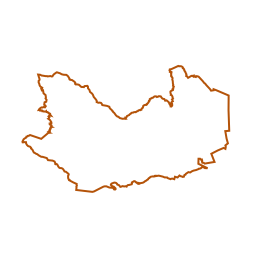 outline of Coxcatlán, Puebla, Mexico, rotated 281°
{"feature_id": "50627088B81401252866172", "entity_name": "Coxcatlán", "entity_type": "district", "adm_level": 2, "iso_a3": "MEX", "parent_name": "Mexico", "parent_adm1": "Puebla", "projection": "equal_earth", "projection_center": [-97.103, 18.25], "detail": "fine", "context": "isolated", "style": "outline", "palette": "amber", "viewbox_px": 256, "rotation_deg": 281, "n_neighbors": 0, "source": "geoboundaries", "source_scale": "gbopen_adm2", "svg_char_len": 5815}
<svg xmlns="http://www.w3.org/2000/svg" viewBox="0 0 256 256"><g transform="rotate(281 128 128)"><path d="M144.6,227.9L164.6,223.3L179.1,220.6L181.9,207.6L182.4,204.7L181.4,204.9L180.5,202.4L181.9,201.0L185.1,196.6L186.3,195.3L186.6,194.4L188.4,192.3L191.8,187.6L192.0,186.6L191.9,185.5L191.0,184.7L191.1,184.3L191.3,184.4L191.2,184.8L191.8,184.8L191.5,183.8L190.8,182.9L191.0,182.4L191.3,182.7L191.5,182.0L191.8,182.1L191.3,180.8L191.3,180.3L188.7,177.4L190.1,175.9L190.1,175.6L190.7,175.4L190.6,175.2L191.8,175.1L191.9,174.8L192.8,174.4L194.0,173.4L194.3,173.4L195.1,172.3L196.2,172.0L197.1,171.0L197.1,170.4L198.0,170.2L198.3,169.8L198.7,168.7L198.6,167.0L198.3,166.4L198.5,165.5L193.9,159.1L193.7,158.3L193.5,157.8L193.3,157.8L193.0,158.1L192.3,157.8L191.5,158.5L191.2,158.5L191.4,159.1L191.3,159.6L191.1,159.5L190.9,159.8L190.6,159.6L190.2,160.1L189.3,159.9L188.6,160.3L187.3,160.3L187.1,160.6L187.0,161.0L186.5,161.1L185.9,162.0L185.0,162.3L184.1,162.2L182.8,162.9L179.9,163.7L179.3,164.1L178.0,164.1L177.8,164.6L177.3,165.1L176.0,164.7L175.5,164.9L174.8,164.4L174.5,164.9L173.8,164.9L172.9,163.6L172.1,162.8L171.7,162.7L170.3,163.1L169.4,163.7L168.6,163.7L168.5,164.6L167.8,165.3L167.0,165.8L165.7,166.1L165.6,166.4L164.5,165.9L164.4,166.3L163.6,166.3L162.8,166.9L162.1,166.1L161.2,165.6L160.9,165.6L160.3,166.6L159.9,166.8L158.4,167.1L157.5,166.6L157.3,166.4L157.3,165.9L157.8,166.0L158.2,165.2L159.0,164.9L159.5,164.1L161.0,163.2L161.6,162.2L162.5,160.6L161.9,159.3L163.3,158.2L163.4,156.3L164.1,155.3L165.3,154.1L165.1,152.2L164.2,151.2L164.3,150.4L164.0,150.2L164.4,149.3L164.0,147.9L162.4,146.6L162.2,145.8L161.5,145.4L161.3,144.7L160.6,143.9L159.8,144.1L158.9,143.5L158.6,143.8L157.9,143.3L157.5,143.4L156.5,143.0L156.0,142.5L155.6,142.4L155.2,141.9L154.8,142.1L154.2,141.7L154.2,141.3L153.6,139.7L152.7,138.8L150.7,138.7L149.8,137.8L148.5,137.7L148.3,136.9L148.0,136.8L148.1,136.4L147.6,135.7L147.3,134.9L146.4,134.4L146.1,133.6L145.0,132.6L145.1,132.2L144.6,130.7L144.0,130.0L143.8,129.0L143.4,128.4L142.8,128.2L141.8,127.1L141.0,126.7L139.5,124.7L138.4,124.5L137.8,124.1L137.7,123.4L136.9,123.6L136.6,124.0L136.5,123.7L136.5,122.7L136.0,120.8L136.2,118.1L137.2,116.4L137.2,115.4L138.1,113.8L140.3,111.5L140.7,110.5L141.5,110.0L141.9,109.1L142.5,108.7L143.4,107.1L144.5,105.9L145.3,105.6L145.7,103.0L145.6,98.4L146.9,97.5L147.5,96.7L147.5,95.2L147.1,94.0L147.4,92.8L147.7,92.6L147.6,92.3L148.9,92.0L150.0,90.9L152.0,88.4L153.8,87.3L154.9,86.2L156.2,83.8L158.0,82.9L159.3,81.2L161.1,80.7L161.6,80.0L160.8,77.3L159.7,76.9L159.6,75.5L159.4,74.9L159.5,74.1L160.8,72.1L161.1,71.4L161.1,69.6L160.8,68.4L161.3,67.6L162.2,67.7L163.1,66.8L164.4,63.9L164.3,62.6L164.6,62.2L164.4,61.5L165.0,61.0L165.7,60.8L167.4,59.2L168.2,57.8L168.4,57.4L168.0,54.6L168.1,52.6L168.7,51.0L169.1,47.6L169.0,47.3L166.7,45.1L165.3,44.3L164.3,44.0L164.0,43.2L164.2,42.0L163.3,39.2L163.5,38.7L163.2,37.3L163.1,33.8L163.0,33.4L163.5,31.5L163.3,29.6L159.0,31.9L157.8,31.8L157.2,31.3L155.6,31.6L154.6,32.4L153.0,33.1L152.0,34.0L151.1,36.2L150.6,36.1L150.4,35.5L150.1,35.3L148.4,36.4L148.8,37.4L145.9,38.5L144.6,40.8L142.3,41.6L141.3,41.4L140.1,42.7L138.2,42.7L137.8,42.3L137.7,41.7L137.3,41.2L134.8,41.3L134.4,42.4L133.7,43.1L132.4,42.5L132.5,41.2L131.8,40.2L131.8,39.4L131.1,38.4L129.3,37.1L128.6,36.9L128.8,37.6L128.8,39.1L128.4,39.0L128.7,40.4L128.1,40.7L128.3,41.6L128.1,42.0L128.4,44.1L128.8,44.4L128.3,44.6L128.1,45.0L128.3,45.9L127.9,46.8L127.6,46.9L127.4,48.1L127.1,48.8L126.5,48.8L125.5,49.9L125.7,48.4L125.2,48.4L124.4,47.9L124.2,48.6L123.7,48.8L123.4,48.4L122.5,48.5L121.9,47.9L121.0,49.8L119.0,51.7L118.2,51.4L117.9,50.9L117.7,51.6L116.5,50.8L115.9,52.5L114.6,52.7L114.5,53.0L114.2,52.0L112.9,51.7L112.8,51.9L111.9,51.6L111.9,51.8L111.3,51.4L110.3,51.4L109.9,51.1L110.1,51.9L109.4,52.0L108.4,51.3L108.3,51.7L108.0,50.7L100.8,44.9L102.4,33.2L101.5,32.2L101.1,31.1L100.5,30.9L100.1,29.9L99.1,29.8L98.0,28.5L97.0,27.7L94.5,27.0L93.8,27.3L93.8,27.6L94.4,29.0L94.6,30.6L93.4,30.9L92.1,32.0L91.2,33.3L90.9,35.6L90.0,36.7L89.4,36.7L88.5,38.3L86.0,40.2L85.8,41.1L85.1,42.9L85.0,43.9L84.1,45.6L83.2,48.3L83.4,49.5L83.0,54.0L81.2,55.6L81.6,60.2L81.1,62.3L79.9,63.2L78.8,63.4L78.6,63.8L79.0,64.8L78.6,65.6L76.9,66.9L75.9,68.1L75.7,69.0L75.9,70.1L75.7,71.4L75.0,72.4L73.2,74.0L73.2,75.4L71.6,78.4L70.9,78.7L69.6,78.3L67.4,78.8L66.1,79.7L65.9,80.4L65.5,80.3L64.1,84.8L63.3,88.3L62.3,88.4L61.7,88.8L60.4,88.5L59.9,88.8L57.3,89.0L58.5,105.2L59.2,106.7L65.7,115.0L66.3,116.2L66.6,118.0L66.0,121.0L66.4,124.8L66.3,125.0L65.1,126.0L65.1,127.0L65.8,127.5L66.5,127.1L67.7,125.2L67.8,124.0L68.4,122.6L68.9,122.0L69.4,122.0L70.3,122.5L71.5,124.4L71.9,125.4L71.8,126.8L71.1,128.0L70.5,128.2L70.1,130.2L68.8,131.6L68.8,132.0L69.9,133.7L69.9,135.4L70.4,136.8L70.2,137.8L71.0,138.0L72.0,138.9L72.3,140.0L73.5,142.4L74.5,142.5L75.3,142.2L75.9,142.8L76.2,143.3L76.8,143.8L77.1,144.8L76.4,145.9L76.4,146.3L76.1,146.5L76.1,147.4L75.9,147.1L75.7,147.3L75.1,148.7L75.5,150.0L76.2,150.6L77.1,153.0L78.1,154.2L78.6,154.5L78.9,154.9L79.4,155.2L79.8,156.0L80.7,156.6L81.4,157.5L82.1,157.6L82.9,158.2L83.0,158.6L83.7,158.9L84.5,159.7L85.2,161.5L85.3,162.7L86.1,163.3L86.3,164.0L85.9,164.0L87.1,167.3L86.9,171.6L86.5,173.3L86.9,175.9L86.4,176.5L85.9,179.5L86.3,179.9L86.8,181.2L86.6,183.2L89.1,183.4L88.9,186.1L91.2,187.6L90.7,189.0L90.7,190.3L90.4,190.8L90.8,192.1L92.7,192.4L93.1,193.3L94.0,193.5L96.2,195.7L96.2,197.5L97.7,199.0L98.7,200.5L99.7,202.8L101.1,205.0L101.5,205.2L101.7,206.0L102.4,207.2L103.6,208.1L104.0,209.2L103.3,211.2L103.7,213.8L106.3,203.9L111.3,203.1L111.6,204.6L110.8,205.7L111.2,206.5L110.3,207.0L109.2,207.0L108.1,207.6L108.3,208.9L107.7,210.1L111.2,219.4L118.6,214.7L123.1,220.4L126.7,225.7L126.1,227.6L128.1,227.6L129.5,226.9L132.0,229.0L136.4,226.8L143.5,224.1L144.6,227.9Z" fill="none" stroke="#b45309" stroke-width="2"/></g></svg>